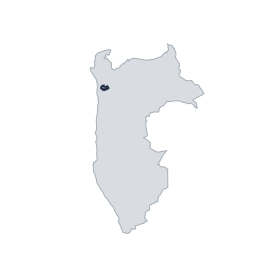 location of San Miguel, Cajamarca, Peru, rotated 29°
{"feature_id": "86281439B14604088738254", "entity_name": "San Miguel", "entity_type": "district", "adm_level": 2, "iso_a3": "PER", "parent_name": "Peru", "parent_adm1": "Cajamarca", "projection": "mercator", "projection_center": [-78.987, -6.973], "detail": "fine", "context": "in_parent", "style": "filled", "palette": "slate", "viewbox_px": 256, "rotation_deg": 29, "n_neighbors": 0, "source": "geoboundaries", "source_scale": "gbopen_adm2", "svg_char_len": 4967}
<svg xmlns="http://www.w3.org/2000/svg" viewBox="0 0 256 256"><g transform="rotate(29 128 128)"><path d="M178.7,76.6L178.6,77.3L177.8,77.6L177.0,77.1L175.9,77.3L174.3,75.8L170.3,76.0L168.6,77.8L165.9,78.1L163.1,79.0L159.8,79.3L154.7,82.2L153.5,83.3L151.2,85.0L149.3,85.6L148.4,90.7L146.6,93.7L145.8,95.4L146.8,97.9L146.8,99.1L145.8,100.1L144.9,100.2L143.2,101.3L140.6,103.6L140.1,105.3L141.0,107.7L140.7,107.9L138.5,108.4L138.6,109.7L138.1,110.2L139.9,112.0L141.0,112.4L141.0,112.9L140.8,113.4L140.4,113.6L140.4,114.0L141.7,115.4L142.7,118.2L144.6,119.5L144.6,120.4L145.2,121.3L146.2,122.0L148.5,124.7L148.5,126.0L146.1,129.0L150.1,129.0L154.4,130.0L155.1,130.5L155.6,131.8L155.6,132.7L156.5,133.4L156.4,135.0L162.2,135.1L165.9,134.7L171.9,129.7L172.9,129.3L172.4,130.3L172.3,131.1L172.6,132.0L171.9,133.2L171.9,145.3L173.0,144.7L174.4,145.8L175.4,145.9L178.7,144.5L182.6,144.7L191.6,160.6L190.8,161.7L190.8,162.5L189.7,163.2L188.6,164.5L188.6,170.9L187.6,172.8L188.2,173.8L188.6,175.8L189.5,177.1L189.7,177.8L189.6,178.2L188.3,178.8L188.3,180.0L186.0,182.3L185.6,183.8L184.8,184.3L184.6,186.1L186.7,188.9L185.4,190.6L184.2,193.1L186.2,198.5L187.0,199.2L187.9,199.2L189.3,199.6L190.0,200.4L188.3,201.4L188.1,201.9L188.2,203.6L186.4,204.9L184.0,208.3L183.3,208.5L182.1,209.5L181.9,210.0L182.1,210.5L183.1,211.5L183.3,212.7L181.5,214.2L180.3,214.4L179.8,214.8L180.3,216.9L180.3,217.8L180.0,218.9L179.1,220.1L176.5,221.3L174.1,221.6L170.1,218.5L168.9,217.2L164.9,214.6L164.3,211.8L162.9,210.5L160.5,209.5L158.6,208.0L157.1,207.4L153.6,204.3L150.3,203.3L144.2,200.1L140.9,199.0L136.7,196.0L134.4,195.2L132.6,193.8L127.1,190.8L126.2,189.8L125.4,188.3L124.1,187.4L122.7,185.4L120.7,184.2L118.7,182.7L116.3,178.4L115.2,177.5L115.1,175.6L114.3,174.7L115.5,174.1L116.2,171.1L115.8,169.6L113.0,165.6L112.5,163.9L110.4,160.9L109.7,159.1L108.1,157.7L107.4,156.6L106.5,156.1L106.4,154.7L105.8,152.0L104.9,150.7L101.7,148.2L101.3,145.4L100.6,143.5L96.1,135.9L93.5,128.6L91.3,124.5L90.4,122.2L90.3,120.9L88.7,118.8L87.8,116.8L84.1,113.0L82.0,108.8L81.7,107.5L80.3,105.2L77.9,102.2L76.8,101.0L69.7,97.3L66.4,95.0L66.0,93.8L66.2,93.1L66.9,92.5L67.9,93.0L68.5,92.8L69.0,92.0L69.0,90.7L68.4,89.1L66.1,86.0L66.7,84.6L64.4,81.0L65.0,77.5L65.5,76.6L68.9,73.0L69.9,71.5L71.3,70.6L72.8,69.2L74.6,68.1L75.1,68.4L75.7,70.3L75.6,71.6L76.1,73.0L74.8,74.3L73.5,74.0L73.0,74.3L72.8,74.9L73.0,75.9L73.3,76.3L74.3,76.3L73.0,78.2L73.1,78.6L74.0,78.9L74.9,78.4L75.9,77.4L76.5,77.2L79.9,79.0L81.5,78.8L82.7,79.7L82.9,81.0L84.6,83.6L87.2,84.2L87.6,84.0L88.2,83.0L88.7,82.9L88.9,81.4L91.1,79.9L91.4,78.9L91.1,78.1L91.1,77.5L92.4,74.1L92.9,73.8L93.2,72.7L93.8,72.0L94.5,68.2L95.1,68.2L95.7,69.1L96.4,68.9L96.0,68.0L96.1,67.7L98.6,64.6L99.4,64.0L111.2,59.8L117.2,55.5L122.4,49.4L124.0,43.3L124.6,43.7L125.6,43.6L125.3,41.1L125.5,39.9L125.5,39.6L123.8,38.1L123.2,36.5L121.8,35.6L121.8,35.3L123.3,35.6L124.7,35.4L125.9,34.4L126.7,34.5L128.7,35.9L130.1,36.0L130.6,37.0L132.0,37.7L134.0,39.9L134.9,42.1L134.8,42.6L135.7,43.8L137.6,44.4L139.5,46.0L141.5,46.6L142.4,48.1L143.0,48.6L143.2,49.5L142.9,50.5L143.2,51.0L144.7,51.9L146.0,52.0L146.2,52.4L146.9,54.9L146.5,56.2L146.7,56.9L148.3,57.5L148.8,58.1L150.1,58.2L152.0,57.7L154.3,58.4L156.1,58.1L156.9,57.9L157.7,57.4L158.4,57.4L160.2,55.8L160.7,55.7L162.7,56.4L164.3,57.5L166.3,57.3L167.2,56.6L168.6,56.2L171.3,57.6L171.8,58.2L172.6,58.3L175.4,59.7L175.9,60.2L177.4,60.7L177.7,61.2L177.6,61.7L171.0,72.0L173.0,72.9L174.9,72.4L175.9,73.1L176.7,74.7L178.2,75.9L178.7,76.6Z" fill="#d9dde1" stroke="#a8b0b8" stroke-width="1"/><path d="M85.4,106.5L85.5,106.5L85.8,106.5L85.9,106.4L86.0,106.4L86.2,106.5L86.3,106.4L86.5,106.5L86.6,106.4L86.8,106.4L86.8,106.5L87.0,106.6L87.0,106.8L87.1,107.0L87.3,106.9L87.4,106.7L87.5,106.6L87.6,106.4L87.8,106.3L88.0,106.4L88.1,106.5L88.2,106.4L88.2,106.5L88.3,106.5L88.3,106.4L88.4,106.5L88.5,106.6L88.8,106.7L88.9,106.4L89.0,106.4L89.1,106.2L89.1,105.9L89.1,105.7L89.1,105.4L89.2,105.2L89.3,105.1L89.3,104.9L89.5,104.9L89.7,104.7L89.8,104.7L90.0,104.8L90.0,104.7L90.1,104.8L90.1,104.7L90.3,104.6L90.5,104.5L90.6,104.4L90.6,104.2L90.8,104.1L91.0,103.9L91.0,103.7L91.4,103.6L91.5,103.5L91.6,103.4L91.7,103.2L91.8,103.0L91.8,102.9L91.7,102.8L91.7,102.7L91.7,102.4L91.5,102.2L91.4,102.2L91.2,102.1L91.0,101.9L90.9,102.0L90.8,101.9L90.7,101.9L90.4,101.9L90.2,101.7L89.8,101.5L89.8,101.4L89.7,101.4L89.7,101.5L89.4,101.5L89.5,101.8L89.4,101.9L89.4,102.0L89.2,102.1L89.2,102.3L89.1,102.5L89.1,102.8L89.1,103.0L89.0,102.9L88.9,103.0L88.7,102.9L88.5,103.0L88.4,103.0L88.2,103.1L87.9,103.0L87.7,102.9L87.4,102.9L87.3,103.0L87.2,103.0L86.9,103.2L86.7,103.2L86.4,103.2L86.2,103.0L86.1,102.9L85.9,102.8L85.9,102.7L85.8,102.8L85.7,102.9L85.7,103.0L85.4,103.1L85.2,103.2L85.2,103.3L84.9,103.4L84.9,103.5L84.8,103.8L84.9,104.0L84.9,104.3L84.9,104.5L84.7,104.7L84.7,104.8L84.6,105.1L84.6,105.3L84.8,105.4L84.8,105.5L84.8,105.8L84.8,106.0L85.0,106.0L85.1,106.3L85.2,106.5L85.4,106.5Z" fill="#64748b" stroke="#1e293b" stroke-width="1.5"/></g></svg>